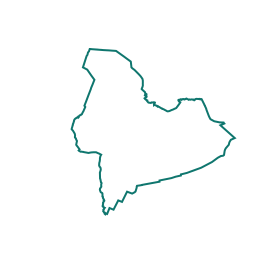 Varadia, Caras-Severin, Romania, rotated 318°
{"feature_id": "2599482B29899097126407", "entity_name": "Varadia", "entity_type": "district", "adm_level": 2, "iso_a3": "ROU", "parent_name": "Romania", "parent_adm1": "Caras-Severin", "projection": "natural_earth1", "projection_center": [21.546, 45.093], "detail": "fine", "context": "isolated", "style": "outline", "palette": "teal", "viewbox_px": 256, "rotation_deg": 318, "n_neighbors": 0, "source": "geoboundaries", "source_scale": "gbopen_adm2", "svg_char_len": 5445}
<svg xmlns="http://www.w3.org/2000/svg" viewBox="0 0 256 256"><g transform="rotate(318 128 128)"><path d="M200.6,206.9L198.5,187.8L202.5,189.1L202.5,188.6L202.7,187.9L199.9,185.2L196.6,180.7L195.2,176.7L195.6,174.8L196.2,172.9L198.6,166.7L198.9,166.3L199.4,164.9L199.8,163.4L200.1,163.0L200.1,162.3L200.4,161.7L200.6,160.9L201.3,158.4L201.4,158.0L201.8,156.6L202.0,155.8L201.6,155.2L201.3,155.1L201.0,155.2L200.9,155.1L200.8,154.9L200.7,154.3L200.6,154.2L200.3,154.2L200.1,153.8L199.7,153.6L199.4,153.2L199.2,153.0L198.2,152.0L197.8,151.8L197.2,151.8L196.7,151.5L196.1,151.8L195.9,151.8L195.8,151.7L196.1,151.1L196.0,150.9L195.6,150.9L195.4,150.8L195.1,150.4L195.0,150.0L194.8,149.7L194.6,149.5L194.1,149.1L193.4,148.8L193.0,148.1L192.8,147.9L192.6,147.8L192.4,147.8L192.0,147.7L191.9,147.4L191.9,147.1L191.8,146.8L191.4,146.2L191.3,145.6L191.1,145.2L190.5,145.0L190.4,145.1L190.2,145.1L189.8,144.9L189.7,144.7L189.2,144.6L188.9,144.5L188.8,144.3L188.8,144.1L188.8,143.9L188.4,143.4L187.8,143.2L187.6,142.9L186.6,142.9L186.5,142.7L186.7,142.4L186.3,142.2L186.2,142.2L186.1,142.3L185.8,142.0L185.8,141.9L186.0,141.8L186.0,141.7L185.6,141.6L184.9,141.7L184.6,141.1L184.4,140.9L184.2,140.9L183.9,141.2L183.8,141.7L183.7,142.3L183.7,142.8L183.9,143.1L184.1,143.9L183.5,144.1L181.4,144.6L177.4,145.4L177.1,145.4L176.3,145.2L175.2,144.7L174.7,144.7L174.1,144.5L172.8,144.0L172.4,143.8L171.7,143.6L171.3,143.5L171.0,143.4L170.7,143.3L169.7,142.9L169.1,142.5L168.8,142.3L168.4,141.9L168.3,141.6L168.2,141.4L168.0,140.7L167.4,139.1L167.3,138.7L166.9,137.7L166.7,137.3L166.6,137.2L166.5,136.9L166.4,136.5L166.2,136.5L166.1,136.2L166.0,135.7L165.2,133.1L165.1,132.9L164.9,132.5L164.6,132.3L164.7,132.0L164.3,131.9L164.3,131.3L164.4,131.0L164.1,130.7L164.1,130.4L163.4,129.2L163.3,128.7L163.3,128.3L162.7,128.3L163.0,127.9L163.5,127.6L164.9,127.3L165.0,127.2L165.0,126.9L164.9,126.8L164.2,126.0L163.5,125.7L163.2,125.3L162.7,125.0L162.5,124.7L161.8,124.7L161.6,124.5L160.2,122.8L160.2,122.7L160.2,120.8L160.4,120.6L160.8,120.4L160.7,120.1L160.5,119.9L160.4,119.7L160.3,119.3L160.5,119.0L160.5,118.9L160.2,118.7L160.2,118.2L160.1,117.9L160.1,117.7L160.2,117.4L160.2,117.0L160.3,117.0L160.6,117.1L161.0,117.1L161.4,117.0L162.0,116.8L162.5,117.3L162.8,117.2L163.3,116.3L163.3,116.2L163.2,115.9L162.7,115.6L162.6,115.4L162.5,115.2L162.9,115.1L163.3,115.4L163.4,115.5L163.8,115.4L164.2,115.4L164.3,115.3L164.2,115.1L164.0,114.8L163.7,114.6L163.6,114.4L164.2,114.2L164.1,113.7L164.2,113.3L164.6,112.7L164.2,108.7L164.2,108.2L164.5,108.0L166.2,107.2L167.4,106.4L167.6,106.2L168.8,104.8L169.4,104.2L170.8,102.6L171.6,101.2L172.0,98.1L172.0,95.5L171.7,89.2L171.2,86.7L171.1,85.3L174.4,80.7L174.5,80.4L173.4,75.2L172.8,72.2L170.7,62.7L167.4,59.3L165.9,57.7L162.2,54.0L152.4,43.7L150.3,44.9L148.8,45.1L146.8,46.5L145.4,46.8L135.1,52.8L136.8,57.4L136.7,57.8L135.8,64.8L135.3,69.7L130.9,71.9L127.1,73.7L126.6,74.1L119.9,77.5L114.7,80.2L112.7,81.2L110.5,82.3L110.5,83.1L110.3,83.4L110.3,83.8L107.1,85.2L105.9,85.8L105.0,86.0L102.9,86.9L102.4,86.7L102.1,86.6L101.4,86.8L100.9,86.4L100.2,86.3L99.4,86.4L98.6,87.0L98.2,87.0L98.4,86.4L98.3,86.2L97.9,86.3L97.2,86.1L96.9,86.2L96.6,86.0L96.0,86.0L95.6,85.8L95.3,85.9L95.0,85.8L94.6,85.8L93.9,85.9L93.8,86.0L93.4,86.1L92.9,86.3L92.5,86.8L92.1,86.9L91.6,87.3L91.0,87.6L90.6,87.9L89.9,88.1L89.4,88.4L89.2,88.8L88.3,89.2L87.5,89.8L87.1,90.0L85.8,90.8L85.3,91.2L85.3,91.8L85.3,93.2L84.6,96.6L83.8,98.0L82.7,99.0L82.2,99.6L82.3,100.2L82.3,100.9L81.8,101.8L81.5,103.0L81.4,103.5L80.0,104.5L78.3,105.8L78.1,106.6L78.1,107.4L78.0,108.7L77.9,109.5L77.7,111.5L77.2,111.6L76.3,111.7L76.4,112.6L77.0,114.0L77.4,114.3L77.6,114.4L78.0,115.0L78.9,116.0L79.0,116.3L80.8,118.6L81.7,119.8L82.2,120.3L83.0,120.7L84.4,121.6L85.8,122.7L88.0,124.6L88.4,125.5L88.9,126.7L89.4,127.7L90.2,129.9L89.2,130.2L88.6,130.5L87.0,131.6L85.8,132.9L85.3,133.3L84.6,133.9L83.5,134.6L83.1,134.9L81.9,136.1L81.5,136.5L81.1,137.5L81.0,137.9L81.1,138.5L81.0,139.0L80.7,139.6L80.1,140.5L79.1,141.3L77.3,142.3L73.3,147.0L73.3,147.4L73.2,147.6L71.6,150.2L71.6,150.3L71.7,150.5L71.6,151.0L71.5,151.3L70.9,151.6L70.3,152.1L70.0,152.3L69.7,152.7L69.3,153.3L68.9,153.7L68.8,153.8L68.5,153.9L68.1,153.9L67.7,154.1L66.7,154.3L66.2,154.7L65.9,154.9L65.6,155.4L65.3,156.0L64.8,157.5L65.3,159.1L65.2,159.4L64.9,160.0L64.6,160.2L63.9,161.1L63.6,161.6L63.3,161.6L63.2,161.8L63.3,162.1L63.3,162.4L63.2,162.6L63.0,162.8L62.6,163.1L62.4,163.9L62.3,164.7L62.3,164.9L61.9,165.1L61.3,165.7L61.7,166.2L61.6,166.3L60.9,166.4L60.1,166.7L59.6,166.7L59.4,166.9L58.9,167.6L58.5,167.7L58.3,168.0L58.0,168.3L57.0,168.9L56.9,169.0L57.2,169.6L57.3,169.9L57.0,170.2L56.8,170.2L56.7,170.3L56.7,170.5L56.8,171.2L57.2,171.8L55.9,172.1L55.6,172.3L55.4,172.2L55.1,172.2L55.0,172.4L54.9,172.6L54.6,172.7L54.4,172.9L54.5,173.0L54.3,173.3L54.2,173.5L53.9,173.5L53.9,173.9L53.7,174.4L53.7,174.5L53.7,174.8L54.0,175.2L53.6,175.6L53.3,176.0L53.4,176.3L53.4,176.5L53.3,176.8L53.4,177.1L54.5,176.7L55.0,177.9L60.7,175.1L62.6,179.0L72.3,175.3L74.1,178.9L84.7,174.7L87.2,179.5L89.9,180.2L91.1,180.2L94.6,178.1L95.1,177.5L96.0,177.0L98.7,178.8L100.3,179.8L100.4,179.7L115.5,189.0L116.3,188.1L126.8,194.3L130.9,196.1L135.5,198.7L136.3,197.9L141.5,200.7L155.6,206.4L156.3,206.6L167.7,209.5L174.8,210.2L178.3,211.0L179.6,211.9L180.1,212.2L180.4,212.3L181.3,212.3L184.5,209.7L185.7,209.0L187.1,208.5L191.7,207.9L193.7,206.5L195.1,206.0L196.6,205.6L200.6,206.9Z" fill="none" stroke="#0f766e" stroke-width="2"/></g></svg>